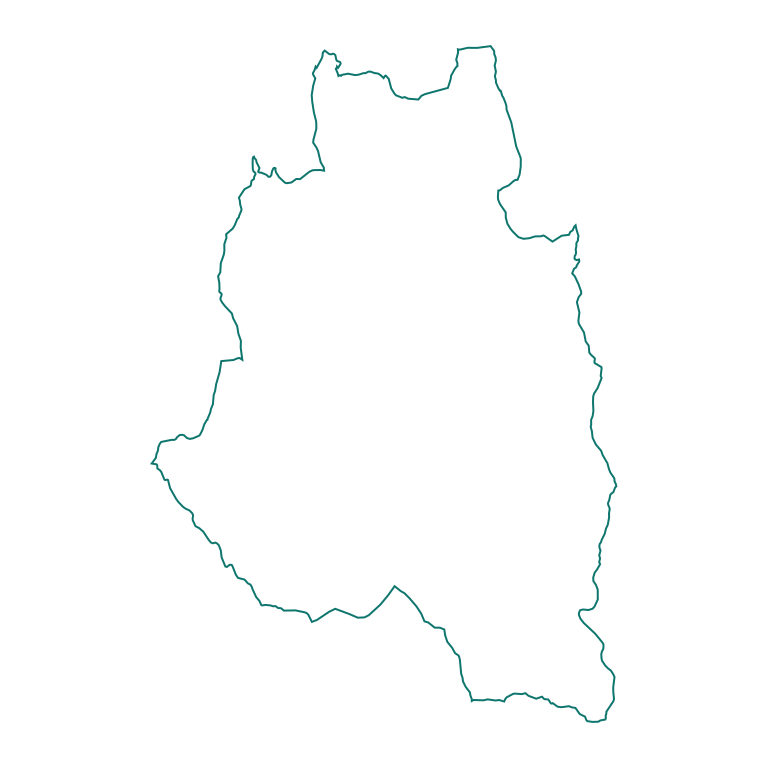 Chilla, El Oro, Ecuador (Equal Earth projection)
{"feature_id": "8360857B68230797378495", "entity_name": "Chilla", "entity_type": "district", "adm_level": 2, "iso_a3": "ECU", "parent_name": "Ecuador", "parent_adm1": "El Oro", "projection": "equal_earth", "projection_center": [-79.628, -3.439], "detail": "fine", "context": "isolated", "style": "outline", "palette": "teal", "viewbox_px": 768, "rotation_deg": 0, "n_neighbors": 0, "source": "geoboundaries", "source_scale": "gbopen_adm2", "svg_char_len": 6043}
<svg xmlns="http://www.w3.org/2000/svg" viewBox="0 0 768 768"><path d="M471.8,701.0L473.6,700.0L483.6,700.3L487.6,699.4L495.9,700.5L499.1,700.0L504.2,701.5L505.4,698.8L506.7,697.3L513.1,693.9L514.7,693.6L521.8,694.1L525.4,693.2L528.5,695.8L536.2,698.7L542.0,696.7L544.3,699.1L548.3,699.5L550.8,703.3L551.8,703.6L552.7,703.1L557.6,706.7L561.3,707.2L569.0,706.2L571.9,707.4L575.4,707.9L579.7,714.0L585.1,716.7L586.2,719.8L587.2,721.1L592.4,721.9L598.4,721.7L600.2,720.5L605.3,719.5L605.8,718.5L605.7,715.7L606.3,713.8L606.4,711.7L613.4,701.2L614.0,698.9L613.3,692.2L613.2,687.5L614.5,677.0L613.3,674.4L611.0,670.7L607.8,668.2L605.2,665.5L602.1,660.8L601.5,658.4L601.3,654.2L601.9,651.5L603.2,649.1L603.5,646.8L603.4,644.2L602.4,642.5L595.2,633.7L584.0,623.2L580.6,619.0L579.0,615.1L578.9,613.3L579.8,610.7L580.7,610.0L583.0,609.5L588.6,610.0L592.6,608.7L594.6,606.4L597.8,599.5L597.7,589.5L595.9,584.8L593.4,581.1L593.2,577.7L594.7,572.6L597.0,569.6L600.1,564.2L599.2,562.0L600.1,558.4L599.2,555.4L600.5,550.7L599.4,547.3L599.4,545.5L599.8,543.8L600.9,542.4L601.8,539.6L604.7,533.9L605.9,528.9L607.8,524.6L609.1,517.5L609.0,513.3L609.6,509.6L609.6,508.2L608.2,504.8L608.0,503.1L609.3,499.9L610.2,495.2L610.8,494.1L613.4,492.1L615.0,487.7L616.3,486.3L615.9,484.2L614.6,481.4L614.3,478.3L610.4,472.6L608.9,468.9L607.4,463.2L602.7,455.1L601.1,450.7L595.9,444.6L592.6,437.8L591.9,431.4L590.7,426.7L591.2,424.3L591.1,419.9L592.6,416.2L593.4,411.1L593.0,402.2L593.2,396.4L594.1,393.5L597.6,388.1L601.6,378.0L600.7,376.1L601.6,368.3L601.4,367.1L594.7,363.1L594.4,361.4L594.9,359.5L594.7,358.2L591.0,354.8L589.3,352.6L588.7,345.7L585.7,341.4L584.0,332.5L579.3,324.6L578.7,323.0L578.4,320.6L579.4,312.6L576.9,302.1L578.7,297.1L581.2,293.8L581.1,291.4L578.5,284.2L574.8,276.3L572.2,273.4L574.0,268.8L576.2,267.3L576.8,265.5L579.3,261.4L579.0,259.5L576.6,260.1L575.0,259.3L574.5,258.5L574.7,256.1L575.6,254.7L576.1,252.8L575.7,249.4L576.4,246.2L576.3,243.3L578.0,240.3L577.9,238.6L578.5,236.1L576.4,229.3L575.6,225.3L574.3,226.6L572.6,230.4L570.2,232.0L569.0,234.8L561.7,235.7L552.5,241.6L544.6,236.0L543.4,235.5L540.8,236.3L535.0,236.4L529.3,238.2L523.5,238.8L518.5,237.2L512.9,231.7L510.5,228.8L507.4,223.7L505.8,217.7L505.7,212.4L499.9,203.9L498.1,199.5L497.9,196.9L498.3,190.5L499.7,190.4L503.1,187.8L508.7,185.4L513.3,181.3L515.5,179.9L517.5,179.9L519.6,174.6L520.7,166.7L520.8,159.0L520.5,157.4L516.2,146.4L511.3,122.5L506.6,109.7L506.4,105.9L505.4,102.7L503.4,97.6L502.1,95.6L501.0,91.4L500.5,90.6L500.0,90.8L498.5,88.5L496.0,82.7L495.9,80.2L494.9,76.4L495.9,71.7L494.7,65.5L495.9,60.6L495.6,57.5L494.3,54.2L494.1,50.9L490.6,46.1L477.1,47.9L467.7,47.8L459.6,49.7L457.9,49.3L458.1,52.5L456.2,59.7L457.4,63.1L457.4,66.2L456.6,66.6L454.6,69.4L451.1,75.7L450.7,79.0L447.9,87.9L425.1,94.1L421.4,95.8L418.4,99.5L408.3,98.7L404.8,97.1L402.3,97.8L396.0,95.3L394.4,93.6L391.2,88.3L388.7,78.8L385.7,75.6L384.8,76.1L383.6,78.1L381.0,75.5L378.2,73.6L374.3,73.0L370.4,71.6L368.3,71.7L365.4,73.2L363.6,73.1L359.0,74.6L355.2,75.1L348.0,73.7L342.2,74.8L341.0,75.8L340.2,75.2L338.4,76.0L337.7,73.3L335.8,68.8L336.8,67.7L337.0,66.6L338.0,67.9L339.9,65.0L340.6,63.7L340.5,62.8L339.8,61.9L337.1,61.0L336.4,60.0L335.3,55.1L334.1,54.0L332.9,53.7L331.7,54.3L329.4,54.2L324.7,50.6L322.9,52.5L322.4,56.6L321.3,59.3L316.6,67.9L315.6,66.6L314.5,70.3L312.9,73.2L313.2,74.8L315.3,78.3L313.2,85.6L311.7,95.2L312.3,102.2L313.9,112.4L316.1,121.2L316.3,124.5L316.3,128.9L313.4,139.9L313.2,142.7L316.4,147.5L318.0,150.9L320.7,162.3L323.8,167.6L324.1,170.7L320.3,170.0L312.8,170.2L309.3,171.8L300.1,179.1L296.2,179.0L291.4,182.5L286.5,183.2L284.7,182.5L279.0,177.1L276.0,172.3L275.3,169.7L275.6,168.4L274.7,167.9L273.8,168.0L273.1,168.9L272.0,171.4L271.3,175.2L270.2,176.6L269.5,176.8L268.6,176.8L266.2,174.7L261.2,172.6L259.4,172.6L258.2,171.7L259.4,168.0L256.6,162.3L256.1,160.0L254.4,157.9L254.0,156.7L253.2,157.1L252.8,158.2L252.6,162.2L252.8,169.1L253.5,171.4L255.3,172.9L255.5,174.3L254.2,176.7L253.9,179.2L252.2,180.2L251.4,181.3L250.9,184.8L250.4,186.0L244.5,189.2L238.9,197.7L239.8,200.6L240.2,204.6L241.4,208.6L241.4,210.4L239.1,215.8L238.8,217.3L237.2,219.2L234.8,225.1L232.7,228.6L226.1,234.3L226.5,237.7L224.3,244.2L224.4,250.6L223.8,254.6L220.8,263.2L220.3,272.2L218.1,276.3L219.3,282.7L219.5,288.7L219.2,291.1L219.6,292.2L221.4,293.5L221.7,294.6L220.5,298.2L220.5,299.6L222.2,302.6L225.1,306.3L231.9,313.5L233.1,318.2L237.1,325.9L238.4,333.7L240.9,340.8L240.7,347.6L242.3,359.8L239.6,358.0L237.5,358.3L233.5,360.0L221.3,361.1L219.6,372.2L216.2,384.0L215.1,390.9L213.7,395.0L212.9,404.3L211.0,408.8L210.2,412.6L207.8,418.2L207.4,419.8L206.9,419.9L204.4,424.1L202.3,430.3L199.9,434.9L199.1,435.7L193.1,438.3L189.8,438.9L187.1,438.1L183.9,435.2L181.9,434.8L179.6,435.1L177.1,437.2L175.9,439.0L174.3,439.9L171.4,439.9L161.3,441.9L159.8,443.8L158.4,447.0L157.9,450.7L156.5,454.0L155.9,457.8L151.7,463.5L156.7,464.4L157.2,465.3L157.4,468.5L159.8,470.1L161.3,472.0L164.4,479.6L165.2,480.1L167.1,479.6L168.0,480.0L170.1,488.2L176.3,499.2L178.4,502.0L183.1,506.9L185.8,508.8L189.4,510.4L192.3,513.3L193.1,515.4L192.6,518.9L192.8,520.3L195.5,526.2L199.2,528.1L203.4,531.8L208.7,539.9L210.9,542.5L212.7,543.3L215.4,542.6L217.0,543.4L218.8,545.2L220.8,550.4L221.6,557.3L225.3,566.4L226.7,567.0L229.7,564.8L231.7,564.9L232.6,566.5L235.9,574.8L238.0,577.9L244.6,579.6L247.8,583.3L250.5,584.7L251.7,586.7L252.5,589.1L256.2,597.1L259.4,600.9L261.3,605.1L262.3,605.4L265.5,604.9L270.4,605.4L273.2,606.3L275.5,606.1L278.1,608.0L281.0,608.2L283.9,610.6L295.5,610.4L304.7,612.3L306.7,613.1L308.3,614.7L311.9,621.9L316.9,620.0L328.8,612.0L335.2,608.8L349.5,614.1L357.8,617.7L364.5,617.4L368.8,615.2L380.4,604.6L388.4,594.9L394.6,586.2L400.9,591.2L404.6,593.3L410.0,598.8L416.4,606.3L421.2,613.6L424.5,621.4L428.1,622.4L434.8,627.7L439.9,627.7L444.3,629.5L445.2,635.5L447.3,641.8L452.2,647.9L455.1,653.2L458.3,655.3L459.1,656.6L459.9,659.9L461.2,673.9L462.5,677.7L463.0,681.4L465.6,686.7L469.9,692.4L470.4,695.4L471.8,699.2L471.8,701.0Z" fill="none" stroke="#0f766e" stroke-width="2"/></svg>